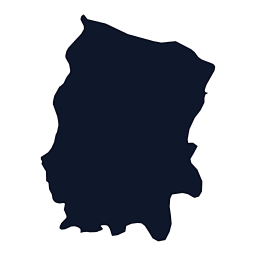 the district of Afrin, Aleppo, Syria
{"feature_id": "27442178B88911382861768", "entity_name": "Afrin", "entity_type": "district", "adm_level": 2, "iso_a3": "SYR", "parent_name": "Syria", "parent_adm1": "Aleppo", "projection": "robinson", "projection_center": [36.751, 36.572], "detail": "fine", "context": "isolated", "style": "filled", "palette": "ink", "viewbox_px": 256, "rotation_deg": 0, "n_neighbors": 0, "source": "geoboundaries", "source_scale": "gbopen_adm2", "svg_char_len": 2802}
<svg xmlns="http://www.w3.org/2000/svg" viewBox="0 0 256 256"><path d="M165.6,238.0L168.9,231.6L170.9,223.8L170.2,215.6L168.9,206.6L169.5,198.3L171.6,193.8L182.5,192.2L188.0,193.4L194.4,197.1L198.5,195.9L201.2,191.4L201.5,184.9L201.6,181.5L196.8,170.0L190.7,163.4L189.6,158.9L193.0,153.2L196.7,146.3L192.9,143.5L191.2,143.5L187.6,143.7L186.9,139.5L188.0,133.1L188.4,131.0L188.7,129.1L194.1,117.5L200.1,109.7L203.7,102.3L203.7,97.9L204.7,94.2L206.3,93.2L205.3,92.9L204.1,91.7L204.1,89.9L204.1,89.6L205.0,86.8L205.3,86.1L205.9,84.3L213.9,70.2L213.9,69.9L214.3,67.8L214.4,67.2L214.4,66.9L213.7,65.4L213.5,65.2L212.6,64.6L212.2,64.3L210.2,63.5L204.5,61.4L203.3,60.9L201.8,60.3L201.3,60.1L197.8,57.6L194.1,52.6L191.7,50.6L190.7,49.8L182.8,45.7L175.5,41.9L174.0,42.1L172.9,42.2L171.3,42.3L170.3,42.4L169.6,42.5L161.2,43.4L159.5,43.0L157.9,42.7L153.4,41.9L127.6,34.8L125.5,33.8L112.5,27.6L107.7,25.3L105.3,24.2L89.0,20.3L87.0,19.8L86.6,19.3L83.6,15.4L82.8,15.9L82.0,16.5L81.2,19.2L81.8,20.5L82.8,22.5L84.0,24.8L84.3,25.4L84.3,25.5L84.6,26.5L84.6,27.0L84.6,28.0L84.6,28.5L84.5,29.6L83.8,30.8L83.7,30.9L81.8,34.2L79.1,37.2L78.0,38.3L74.4,42.2L73.6,43.1L69.0,48.1L68.3,49.3L68.1,49.6L67.5,50.7L67.0,51.6L66.9,52.3L66.3,54.7L66.0,56.0L66.4,57.9L67.7,60.2L69.8,63.9L70.9,69.8L71.0,70.6L70.4,73.3L68.8,75.3L68.5,75.7L67.3,77.3L66.4,79.0L64.2,83.7L60.8,86.8L60.6,86.9L60.2,87.1L59.9,87.2L55.0,96.0L54.5,97.9L53.7,101.8L53.7,102.7L53.6,103.7L53.6,104.1L54.7,107.0L58.0,116.4L58.7,120.4L58.8,120.8L59.2,125.3L57.7,132.3L56.4,134.9L56.3,135.3L55.8,137.6L54.8,142.4L52.2,148.1L52.0,148.5L48.6,152.9L43.5,156.2L41.6,157.4L41.6,159.1L42.4,160.3L43.0,161.3L42.3,163.6L42.3,163.8L45.0,168.4L46.7,171.2L46.9,178.5L46.9,180.6L47.7,181.1L48.6,181.7L49.3,183.2L49.6,186.7L49.8,188.9L50.8,190.9L52.1,193.4L52.6,194.3L52.7,195.1L53.1,197.6L53.1,198.1L53.2,198.4L54.0,200.0L55.4,201.5L56.6,202.0L57.4,202.3L58.4,202.5L59.8,202.7L60.0,202.7L63.1,202.2L64.0,202.4L65.4,202.8L65.5,203.2L65.7,204.1L64.8,208.7L64.6,209.5L65.7,212.1L66.4,213.8L66.7,214.4L67.2,215.8L67.2,216.0L67.2,218.0L63.9,221.4L61.8,223.6L61.6,224.0L61.0,225.4L60.4,226.8L60.3,227.2L60.4,227.8L60.4,228.1L61.6,228.9L65.0,228.5L71.2,225.7L71.3,225.7L74.9,225.5L75.7,225.7L75.9,225.8L76.9,226.1L78.0,226.4L79.4,227.3L80.4,227.9L81.3,229.4L81.4,229.6L81.3,231.5L81.3,231.9L82.6,231.5L84.9,231.2L87.4,231.1L89.6,231.5L91.1,231.5L94.8,231.4L97.2,231.1L98.4,230.4L100.5,229.8L102.0,228.9L101.1,227.7L99.7,226.2L100.2,225.3L100.7,224.7L102.9,224.4L105.7,224.4L107.4,224.8L108.6,225.7L109.5,226.9L110.4,228.5L111.0,230.1L111.6,232.3L112.2,234.2L112.6,235.1L117.7,234.4L118.8,233.8L124.6,231.2L125.6,225.4L131.4,223.0L137.5,222.2L141.9,222.6L145.4,225.4L149.4,231.6L153.2,237.8L158.3,240.6L164.8,239.4L165.6,238.0Z" fill="#0f172a" stroke="#020617" stroke-width="1.5"/></svg>